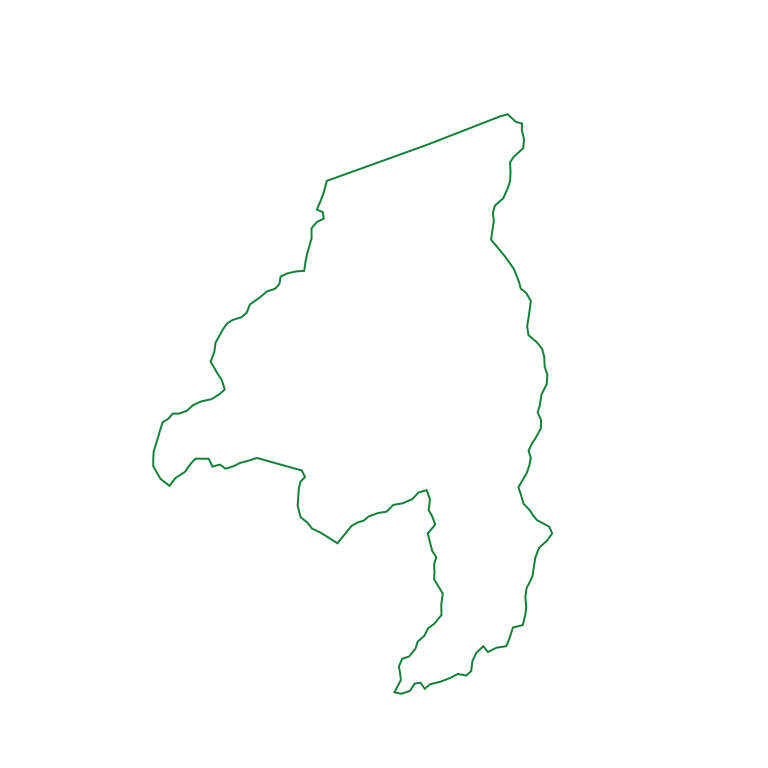 outline of Estrela do Norte, Goiás, Brazil, rotated 196°
{"feature_id": "56859067B35338978150564", "entity_name": "Estrela do Norte", "entity_type": "district", "adm_level": 2, "iso_a3": "BRA", "parent_name": "Brazil", "parent_adm1": "Goiás", "projection": "robinson", "projection_center": [-49.092, -13.811], "detail": "fine", "context": "isolated", "style": "outline", "palette": "green", "viewbox_px": 768, "rotation_deg": 196, "n_neighbors": 0, "source": "geoboundaries", "source_scale": "gbopen_adm2", "svg_char_len": 2539}
<svg xmlns="http://www.w3.org/2000/svg" viewBox="0 0 768 768"><g transform="rotate(196 384 384)"><path d="M562.1,227.0L558.6,236.1L551.1,244.7L547.8,254.2L544.7,260.2L538.5,262.0L531.9,263.8L526.1,257.3L519.6,261.3L513.0,258.9L506.1,263.4L500.7,268.4L493.8,272.5L485.7,277.9L439.2,278.2L434.3,272.9L437.4,267.0L437.1,260.2L435.3,252.0L433.5,243.3L427.4,232.9L419.7,229.8L413.3,225.2L404.2,223.7L393.1,220.5L384.8,218.0L379.7,230.2L376.1,238.6L371.4,243.5L365.8,247.1L362.3,252.4L354.1,258.4L346.3,262.0L341.7,270.4L333.3,274.4L325.1,281.1L320.9,289.2L313.8,293.7L308.1,286.0L306.3,275.1L301.3,270.2L296.0,263.0L300.7,252.4L295.2,242.9L291.7,236.9L285.9,231.8L286.2,224.5L283.7,217.3L281.9,210.0L275.0,203.6L269.7,198.6L268.2,188.0L265.1,177.8L269.5,167.6L274.4,161.1L275.6,153.6L280.6,145.5L280.8,138.5L284.7,129.0L290.8,125.0L291.8,116.5L288.7,110.2L286.2,104.1L289.0,90.6L281.9,91.0L274.4,96.3L271.9,104.5L266.6,106.9L260.8,102.3L257.0,108.0L247.4,113.6L239.7,119.4L233.1,125.6L224.4,126.5L221.1,132.1L222.6,141.9L221.1,151.2L216.2,159.3L210.3,155.0L203.2,161.5L194.3,165.6L193.3,173.5L192.9,185.5L184.2,190.5L184.6,201.4L185.8,208.8L189.4,218.2L190.7,227.0L189.4,233.3L188.3,240.1L190.7,258.7L189.8,269.1L184.0,278.6L181.2,286.7L185.8,292.4L191.9,293.7L199.4,295.3L204.6,298.8L209.3,303.0L216.8,307.3L222.6,316.5L226.4,321.7L224.4,329.2L222.2,338.0L221.8,346.1L222.6,353.6L226.7,359.9L225.4,367.4L223.2,374.6L221.0,384.5L223.2,392.9L228.5,399.2L228.3,406.0L229.7,417.0L227.6,428.6L229.4,437.8L234.4,445.0L237.5,454.4L241.6,461.2L248.7,466.3L258.6,470.8L262.3,478.9L263.2,486.3L264.2,493.8L265.7,504.3L272.5,510.8L278.8,513.3L282.1,518.9L286.3,524.6L291.2,530.7L302.7,539.8L313.8,547.5L320.9,552.2L323.4,571.2L326.5,578.4L326.5,586.1L320.5,595.6L319.1,605.9L318.7,613.8L320.9,623.0L323.9,631.5L322.1,637.8L315.2,649.1L316.8,657.7L321.5,666.1L323.1,672.4L329.8,672.4L339.5,677.4L346.3,673.2L408.0,626.2L495.0,563.5L494.7,551.9L495.4,542.9L496.6,533.1L490.3,532.4L487.5,526.4L493.1,521.4L496.6,513.6L493.8,504.3L493.8,494.5L493.8,488.0L493.1,479.4L491.9,470.8L499.7,467.9L507.5,463.6L513.0,458.7L512.1,451.4L514.9,445.6L522.1,440.7L527.5,432.6L534.8,423.6L535.7,414.5L539.6,408.8L547.1,403.9L551.4,399.2L554.0,391.8L557.3,377.3L556.0,368.2L556.7,357.6L547.4,348.6L540.9,343.0L535.6,334.8L539.4,328.8L545.6,321.9L554.9,316.9L561.7,311.1L566.0,304.1L572.6,299.1L579.0,297.3L581.5,291.4L586.2,286.3L586.5,278.3L586.5,269.5L586.8,255.5L585.0,247.8L583.1,241.3L572.6,231.1L562.1,227.0Z" fill="none" stroke="#15803d" stroke-width="2"/></g></svg>